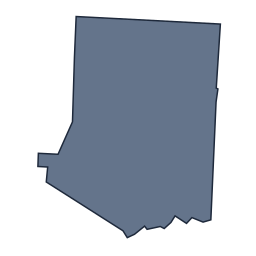 Jefferson, Pennsylvania, United States of America (Albers equal-area conic projection), rotated 182°
{"feature_id": "52423323B89311736778366", "entity_name": "Jefferson", "entity_type": "district", "adm_level": 2, "iso_a3": "USA", "parent_name": "United States of America", "parent_adm1": "Pennsylvania", "projection": "albers", "projection_center": [-79.001, 41.141], "detail": "fine", "context": "isolated", "style": "filled", "palette": "slate", "viewbox_px": 256, "rotation_deg": 182, "n_neighbors": 0, "source": "geoboundaries", "source_scale": "gbopen_adm2", "svg_char_len": 451}
<svg xmlns="http://www.w3.org/2000/svg" viewBox="0 0 256 256"><g transform="rotate(182 128 128)"><path d="M81.8,35.1L77.9,41.8L66.2,34.7L61.0,40.7L49.7,36.6L42.0,39.1L40.9,157.1L39.5,170.2L41.2,170.9L39.3,235.1L183.7,237.6L184.0,196.7L183.7,132.2L197.0,99.3L216.7,99.6L216.7,86.4L206.9,86.2L207.8,71.2L129.4,25.1L124.9,18.4L117.7,22.1L108.0,30.5L105.4,27.4L92.3,30.7L88.3,28.8L81.8,35.1Z" fill="#64748b" stroke="#1e293b" stroke-width="1.5"/></g></svg>